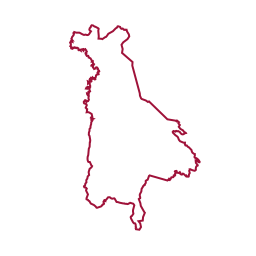 the district of Bere, Worodougou, Ivory Coast, rotated 15°
{"feature_id": "98640826B43857880322183", "entity_name": "Bere", "entity_type": "district", "adm_level": 2, "iso_a3": "CIV", "parent_name": "Ivory Coast", "parent_adm1": "Worodougou", "projection": "albers", "projection_center": [-6.135, 8.377], "detail": "fine", "context": "isolated", "style": "outline", "palette": "rose", "viewbox_px": 256, "rotation_deg": 15, "n_neighbors": 0, "source": "geoboundaries", "source_scale": "gbopen_adm2", "svg_char_len": 5684}
<svg xmlns="http://www.w3.org/2000/svg" viewBox="0 0 256 256"><g transform="rotate(15 128 128)"><path d="M51.2,49.2L51.1,49.9L50.7,50.4L51.0,51.0L51.4,51.1L51.4,52.4L50.4,54.8L50.5,55.7L50.2,56.3L50.5,56.9L51.2,57.4L50.9,57.4L50.6,58.2L51.5,58.4L51.9,59.1L51.4,59.0L50.8,59.7L50.2,59.7L50.0,60.6L51.0,61.4L51.4,62.8L51.1,63.9L51.8,64.1L52.5,65.8L53.6,65.9L53.9,64.8L54.6,65.1L55.0,64.8L54.8,64.3L55.7,63.8L57.0,64.3L57.3,64.3L57.9,63.6L59.4,63.9L59.9,64.6L59.8,65.3L60.4,65.6L61.2,65.1L62.1,65.4L61.8,64.9L62.2,64.4L64.4,63.3L64.7,63.8L64.5,64.6L65.0,64.9L65.2,63.7L66.3,62.9L66.6,63.4L67.5,63.7L67.8,64.4L68.4,64.8L68.2,65.5L68.4,66.2L67.6,66.4L67.6,66.9L68.0,67.5L68.5,67.7L68.9,68.5L69.3,68.5L69.6,69.0L70.9,68.6L71.5,69.2L71.7,70.1L73.7,70.4L75.7,72.3L75.8,73.2L76.7,72.6L77.3,74.3L78.0,74.9L78.7,75.2L78.2,76.9L77.0,76.3L76.6,76.6L76.5,77.2L77.7,77.1L78.0,77.9L78.6,78.3L78.6,78.7L79.3,79.0L80.0,79.8L81.0,79.1L81.5,77.7L82.1,77.5L82.6,77.6L83.6,78.5L83.5,79.3L85.2,80.1L85.6,80.8L85.4,81.2L84.4,81.7L84.2,82.5L84.3,82.8L85.5,83.3L85.7,83.7L83.8,84.8L83.5,85.7L83.7,86.9L83.6,88.0L82.3,88.5L83.4,88.7L83.8,89.4L83.4,89.7L82.7,89.4L81.7,89.5L81.2,88.5L80.8,88.3L80.8,89.2L80.5,90.2L79.9,89.7L80.0,89.1L79.2,89.0L78.9,90.0L78.5,90.3L78.4,91.2L78.6,91.4L80.4,92.0L80.6,92.4L80.4,92.7L79.7,92.8L78.7,93.4L77.2,93.3L77.6,94.0L77.8,94.9L78.3,93.9L79.2,94.2L79.5,94.7L79.5,95.7L80.4,96.6L80.8,97.9L78.8,98.8L78.2,98.8L78.1,99.4L77.4,99.7L77.2,100.8L78.7,100.6L80.0,99.0L80.7,99.0L80.6,100.6L81.8,102.3L80.4,103.2L80.5,103.6L81.3,104.0L81.2,104.3L80.2,105.0L79.4,105.1L79.7,105.8L80.3,106.4L80.6,105.7L81.3,105.8L81.9,107.4L82.0,109.3L82.9,110.8L82.5,112.3L81.8,112.5L81.2,113.6L80.9,113.5L80.4,112.5L79.9,112.1L79.2,112.4L79.2,113.1L78.6,113.7L78.5,114.1L78.9,115.2L79.2,115.5L81.6,115.8L82.3,116.6L81.9,119.4L83.7,120.4L83.6,121.3L84.0,122.0L84.0,123.5L85.3,123.0L86.8,123.1L89.3,123.9L90.7,126.6L89.6,127.3L89.5,127.8L90.5,128.2L92.0,128.2L91.2,129.0L90.5,129.3L90.4,129.7L90.7,130.0L91.6,130.2L91.0,132.0L91.4,133.7L91.3,135.7L91.7,137.6L91.1,138.9L91.6,141.0L91.4,142.3L91.9,144.7L92.9,145.6L94.7,149.6L95.0,151.5L94.8,151.7L95.8,156.1L95.5,158.2L96.6,164.4L96.5,166.4L96.9,168.3L97.4,169.6L98.3,170.9L98.9,171.0L99.9,170.7L102.3,173.6L103.2,174.1L102.9,175.4L101.5,177.4L101.4,180.8L102.6,183.5L101.6,185.2L101.8,187.5L101.3,188.6L101.3,189.6L101.9,191.3L101.2,192.7L101.4,194.7L100.7,195.3L100.6,195.9L101.2,196.6L103.0,196.6L103.9,197.3L103.6,198.4L103.7,199.3L106.5,202.5L106.1,206.6L106.4,207.6L107.9,207.8L108.8,208.5L109.6,208.6L111.6,210.6L115.0,211.2L117.1,212.2L118.2,213.1L118.7,213.1L122.2,210.8L123.1,209.4L123.1,208.8L124.1,208.0L124.0,207.5L124.4,207.3L124.4,207.1L123.4,205.7L123.8,203.9L123.9,203.7L124.4,203.6L124.8,204.5L125.1,204.5L124.9,203.7L125.5,202.9L126.7,200.1L128.3,199.6L129.9,200.3L131.0,200.4L132.9,199.5L133.4,199.7L136.1,202.4L137.4,202.2L139.5,202.3L143.0,202.1L143.9,201.8L144.8,202.0L146.1,201.6L146.9,201.7L147.7,201.4L148.0,200.9L149.0,200.3L149.4,199.7L152.7,199.8L154.1,201.0L154.1,205.9L154.5,207.6L155.4,209.4L154.5,212.0L153.7,212.8L153.7,213.5L154.4,214.7L157.3,217.8L158.4,218.5L159.5,218.3L160.3,219.1L160.7,220.1L160.9,221.1L161.5,221.7L161.3,222.7L161.9,223.7L165.3,223.3L166.2,220.3L164.5,217.0L162.3,215.3L166.2,213.6L165.6,210.2L166.2,205.5L165.5,205.0L160.5,199.9L159.4,197.4L156.8,193.8L157.2,193.2L157.9,192.7L157.7,191.7L156.9,190.4L156.6,189.0L157.3,185.9L156.9,183.2L157.6,181.1L157.5,180.5L158.2,179.6L158.2,179.1L159.0,178.6L158.9,177.7L159.3,176.8L159.3,176.0L158.8,174.6L159.2,173.9L160.4,172.8L160.7,168.9L161.2,168.2L179.7,168.5L180.1,167.8L181.4,167.6L181.3,167.1L180.7,166.6L180.8,166.3L182.2,166.6L182.7,164.4L184.4,163.8L184.7,163.1L184.4,162.0L184.6,161.8L185.3,162.1L185.7,161.8L185.8,161.4L185.3,160.1L185.6,159.7L185.5,158.9L184.5,157.8L184.7,157.4L185.9,156.9L186.2,157.1L186.7,158.5L188.7,158.3L189.5,157.2L190.2,157.8L190.4,158.7L190.7,159.0L192.1,159.1L192.7,157.9L193.5,157.9L196.2,159.4L196.2,159.0L196.5,158.7L197.8,159.6L198.9,159.4L199.2,159.1L198.9,157.1L199.3,155.5L198.2,153.6L198.5,152.2L198.3,151.9L198.7,151.7L201.0,152.1L203.3,152.1L203.8,151.8L204.4,150.8L204.0,149.8L203.8,148.2L204.2,146.9L205.0,146.3L205.0,145.9L202.6,144.1L201.7,141.7L202.8,141.5L204.5,142.5L205.0,142.7L205.9,142.6L206.0,142.2L205.8,141.9L204.2,140.5L202.6,139.7L201.4,139.4L200.9,139.6L200.0,139.2L199.7,138.8L199.7,137.2L199.3,136.0L199.1,136.1L196.7,135.2L195.8,134.3L195.0,132.8L191.6,130.8L190.7,130.7L189.4,129.7L188.6,130.0L187.9,129.9L187.8,129.4L187.1,128.9L186.8,127.4L185.4,127.8L181.7,127.3L180.2,126.2L179.0,124.5L178.1,123.6L175.5,122.6L172.6,120.9L172.2,120.2L172.5,119.4L172.8,119.1L174.8,119.2L175.0,118.5L175.3,118.3L176.5,118.4L177.3,118.0L179.4,118.6L180.0,119.3L181.3,120.0L182.1,120.1L183.3,119.6L184.3,118.3L185.2,117.9L185.0,117.7L183.2,117.3L181.8,116.1L178.9,115.3L176.7,113.7L177.3,111.7L175.5,110.5L175.4,109.7L175.7,109.2L173.7,108.3L173.7,109.0L173.4,109.1L172.1,108.6L163.8,109.4L141.4,96.9L140.5,97.7L138.1,96.8L133.7,96.4L133.0,96.0L131.2,93.7L130.4,91.5L116.0,66.6L115.3,63.1L102.8,57.0L102.4,53.1L100.2,49.3L101.2,46.5L104.5,42.3L105.5,39.2L104.6,37.4L102.1,35.0L101.2,33.5L100.8,33.7L100.4,33.6L100.1,33.9L99.2,33.9L99.0,34.2L98.6,34.2L97.1,33.3L96.0,33.9L95.1,33.5L94.2,32.4L92.0,32.3L91.6,32.6L91.4,33.8L90.3,35.0L88.4,38.4L84.6,42.1L83.9,44.2L83.2,45.7L82.4,46.2L80.2,48.8L79.2,48.7L76.4,49.3L76.0,46.9L74.1,41.7L74.0,39.8L73.5,39.4L70.1,38.6L69.5,38.7L67.6,38.0L66.3,38.2L65.8,39.4L65.9,40.3L65.2,41.5L65.2,43.0L65.8,43.7L67.2,44.2L66.0,47.7L65.3,48.5L64.5,48.8L62.8,48.8L61.4,49.5L59.8,49.3L56.5,48.5L53.3,49.3L51.2,49.2Z" fill="none" stroke="#9f1239" stroke-width="2"/></g></svg>